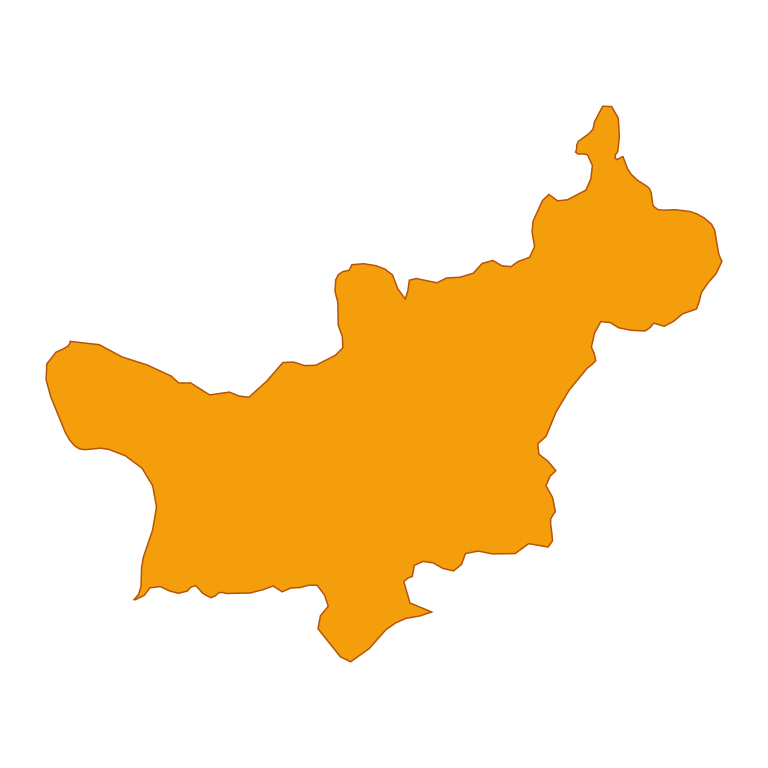 an SVG outline of Saravan
{"feature_id": "LAO-3281", "entity_name": "Saravan", "entity_type": "Province", "adm_level": 1, "iso_a3": "LAO", "parent_name": "Laos", "parent_adm1": "", "projection": "natural_earth1", "projection_center": [106.351, 15.91], "detail": "fine", "context": "isolated", "style": "filled", "palette": "amber", "viewbox_px": 768, "rotation_deg": 0, "n_neighbors": 0, "source": "natural_earth", "source_scale": "10m", "svg_char_len": 2733}
<svg xmlns="http://www.w3.org/2000/svg" viewBox="0 0 768 768"><path d="M84.7,449.7L79.3,448.8L74.6,445.8L69.8,440.3L65.6,433.2L50.6,396.4L46.1,379.7L46.8,363.9L56.0,352.2L63.9,348.6L68.0,346.0L70.2,342.7L70.0,341.4L99.3,344.7L122.0,356.9L147.2,365.0L171.3,376.1L175.0,379.7L179.0,383.0L190.6,382.9L209.6,394.9L229.4,392.1L238.9,396.0L248.8,397.3L266.4,381.5L282.9,362.5L293.8,362.1L304.6,365.6L315.7,365.3L335.4,355.3L342.9,347.7L342.3,336.5L338.2,325.2L337.8,302.3L335.0,291.3L335.7,279.8L338.4,274.7L342.6,271.7L349.0,270.3L350.7,267.4L351.9,264.7L363.9,263.7L375.9,265.7L384.9,269.1L392.5,274.9L397.8,288.8L405.3,299.0L407.8,290.8L409.4,280.2L416.2,278.5L437.0,282.8L446.5,278.0L460.2,277.2L473.3,273.2L482.1,263.5L492.8,260.4L501.9,265.8L511.1,266.6L517.9,261.6L529.5,257.3L534.6,246.7L532.1,232.0L533.0,221.3L542.5,200.5L548.9,194.4L557.5,200.8L567.4,199.8L585.9,190.1L590.8,178.9L592.4,165.5L587.5,154.7L582.9,153.9L578.1,154.1L575.5,152.1L575.9,151.8L576.6,148.4L576.7,145.0L578.4,141.3L588.7,133.8L593.0,129.2L594.5,121.8L602.7,106.2L611.7,106.6L618.3,118.2L619.4,136.2L617.8,151.1L617.3,152.3L616.1,153.7L615.2,155.7L615.2,158.2L616.8,159.5L619.3,158.5L621.7,157.0L623.0,156.7L627.6,168.8L631.2,174.4L637.8,180.5L647.1,186.4L649.6,188.8L651.3,193.2L652.6,203.3L653.6,206.3L657.7,209.5L662.6,210.2L675.6,209.7L690.4,211.6L696.0,213.6L697.0,213.9L704.0,217.9L711.3,224.0L714.6,229.8L718.7,253.8L720.9,259.5L721.9,261.0L721.6,262.1L716.0,273.8L708.4,282.4L701.4,292.5L699.3,301.2L696.5,309.0L682.6,313.8L673.6,321.3L664.2,326.3L653.7,323.1L650.3,327.4L645.4,330.9L631.7,330.4L618.7,327.8L610.2,322.5L600.8,321.6L594.5,333.3L591.4,347.0L594.2,353.6L595.8,360.6L591.8,364.6L587.1,368.3L569.4,389.8L556.1,411.9L546.1,436.2L537.8,443.8L538.9,454.2L548.3,461.6L555.8,470.7L550.1,476.2L546.0,485.7L552.6,497.6L555.4,511.8L553.2,514.4L550.6,519.2L550.7,525.0L551.6,530.7L552.5,540.9L548.2,547.0L528.6,543.7L515.1,553.6L492.5,553.9L478.4,551.1L465.5,553.5L461.5,564.5L453.5,570.9L442.8,568.4L433.3,562.9L423.2,561.4L414.3,565.4L412.3,576.5L408.0,578.0L403.8,581.6L410.0,603.0L431.7,612.0L419.7,616.0L406.2,618.3L395.8,622.8L386.0,629.6L369.4,648.4L350.6,661.8L340.5,656.9L318.0,628.8L320.4,615.8L328.2,606.2L324.6,595.2L317.1,585.2L308.7,585.2L300.0,587.6L290.8,588.0L282.2,591.8L273.1,586.0L263.0,589.7L250.1,593.0L226.1,593.5L222.7,592.5L218.8,592.7L215.3,595.8L211.1,597.7L206.6,595.6L202.2,592.9L198.9,588.9L195.6,585.7L190.9,587.1L187.2,591.1L178.4,593.3L169.4,590.9L160.3,586.6L150.0,587.8L144.3,595.3L135.4,599.7L134.1,599.6L138.6,594.4L141.0,586.4L141.6,567.5L143.2,557.7L152.6,530.0L156.5,507.0L152.7,485.9L142.1,468.2L125.2,455.7L108.8,449.4L100.4,448.2L84.7,449.7Z" fill="#f59e0b" stroke="#b45309" stroke-width="1.5"/></svg>